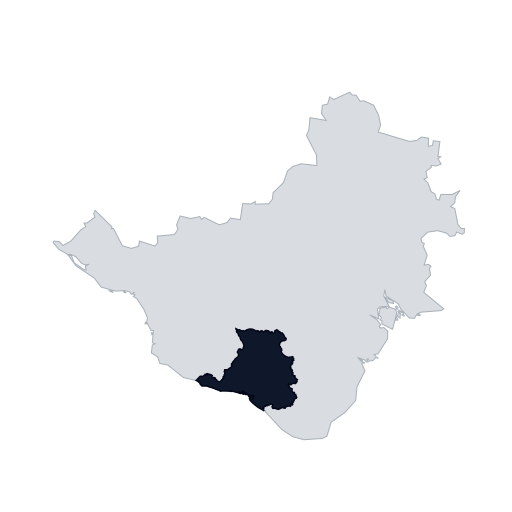 where Bahia sits in Brazil, rotated 98°
{"feature_id": "BRA-624", "entity_name": "Bahia", "entity_type": "State", "adm_level": 1, "iso_a3": "BRA", "parent_name": "Brazil", "parent_adm1": "", "projection": "natural_earth1", "projection_center": [-41.603, -13.426], "detail": "fine", "context": "in_parent", "style": "filled", "palette": "ink", "viewbox_px": 512, "rotation_deg": 98, "n_neighbors": 0, "source": "natural_earth", "source_scale": "10m", "svg_char_len": 9707}
<svg xmlns="http://www.w3.org/2000/svg" viewBox="0 0 512 512"><g transform="rotate(98 256 256)"><path d="M143.9,94.8L148.6,99.5L154.6,97.3L156.4,100.3L159.7,96.0L167.8,91.6L169.6,87.5L174.8,85.1L175.2,82.5L169.3,81.5L167.8,70.3L162.7,63.1L169.6,66.7L175.7,66.6L180.0,70.2L181.3,65.8L196.7,60.4L200.1,56.7L199.9,53.3L204.4,53.1L205.8,54.8L204.3,60.5L208.3,62.0L209.6,66.7L206.9,70.3L205.6,79.6L208.5,89.4L215.7,95.0L218.9,94.2L220.4,91.0L223.1,91.7L231.4,86.6L241.7,88.2L240.2,84.1L241.8,81.3L243.8,82.5L250.6,80.5L258.2,85.5L261.4,83.1L268.6,84.8L282.2,62.7L284.3,65.0L288.8,85.4L291.1,88.5L295.6,90.3L296.1,95.4L288.4,105.2L283.7,108.4L277.4,121.7L271.3,123.6L277.7,124.0L287.2,117.2L289.0,125.8L291.6,128.4L301.3,125.5L298.5,135.1L302.3,127.4L306.8,122.9L309.0,124.2L310.0,122.9L309.1,119.4L312.1,115.1L319.7,114.2L335.9,121.6L337.1,125.3L339.3,122.7L343.2,125.6L344.2,128.8L342.2,131.0L343.1,132.1L345.1,130.0L345.6,132.0L343.7,134.2L342.5,140.7L345.1,138.0L346.9,133.1L347.3,136.6L354.6,132.1L371.6,137.8L385.2,137.2L398.5,146.1L410.2,158.5L424.7,160.7L427.5,165.3L431.3,183.1L429.8,194.7L424.1,206.5L408.3,225.9L408.3,224.3L405.4,233.1L400.4,240.8L398.1,242.0L396.4,238.6L395.0,240.3L392.8,248.6L394.6,272.3L391.7,285.9L392.1,291.4L387.7,297.1L386.5,310.9L376.2,328.3L375.8,336.2L369.6,339.4L366.6,346.1L358.6,346.3L356.9,343.8L356.3,346.6L344.0,347.2L344.6,349.5L336.8,355.0L332.3,354.9L324.6,359.5L314.9,367.9L313.1,371.9L311.3,370.4L310.7,372.2L308.5,371.4L311.4,373.8L309.1,376.3L308.5,380.8L310.3,390.5L308.4,404.9L300.4,413.1L290.8,432.9L281.5,441.9L281.2,438.9L287.9,435.2L293.5,424.4L293.6,422.4L289.7,423.6L287.3,420.1L288.6,423.6L287.6,427.6L281.9,434.2L280.1,439.5L280.8,442.4L276.6,452.5L270.7,458.9L269.3,458.0L269.1,452.9L272.4,448.4L266.8,441.3L254.5,433.1L250.6,428.7L247.3,431.0L246.8,427.9L239.8,420.9L236.6,422.7L233.2,421.7L247.2,402.7L249.0,402.9L248.6,401.0L264.6,389.7L265.8,380.3L262.6,373.6L257.4,373.5L260.2,357.6L256.8,355.1L250.0,356.6L246.2,339.9L240.4,337.0L236.2,339.0L226.9,336.7L228.0,325.8L224.8,317.1L227.4,315.1L225.0,312.7L230.2,296.7L227.0,289.4L222.0,286.5L222.2,276.6L206.0,276.5L205.2,268.3L202.1,264.3L204.8,264.2L202.5,250.7L197.3,247.6L191.0,247.9L179.4,239.0L167.3,236.6L162.1,231.8L158.4,224.2L158.0,208.3L147.6,210.2L129.6,222.8L124.1,221.2L111.5,221.8L112.0,205.4L105.9,210.9L97.5,211.3L95.6,206.2L88.2,205.2L90.2,200.8L80.7,185.9L83.2,183.3L82.8,179.2L88.2,174.6L87.3,170.8L90.3,160.6L99.5,154.2L108.9,150.8L116.3,152.1L121.2,119.9L119.1,112.8L115.2,108.9L115.3,101.5L123.4,100.7L122.0,96.6L117.2,96.5L117.2,89.8L132.2,89.7L132.1,86.9L134.4,89.4L139.2,85.5L141.7,89.8L142.0,95.2L143.9,94.8ZM293.0,108.7L309.6,110.6L305.7,121.9L302.6,122.2L302.1,124.1L299.6,123.2L296.9,126.1L290.6,126.0L288.4,120.4L290.0,118.9L288.0,116.9L289.4,110.3L293.0,108.7ZM278.8,122.4L281.3,114.2L283.9,113.1L283.7,118.1L278.8,122.4ZM297.5,104.7L295.9,107.7L292.1,107.0L292.7,105.1L297.5,104.7ZM291.8,101.4L291.2,107.6L289.6,106.9L291.8,101.4ZM300.2,108.7L297.8,109.0L296.7,108.5L299.6,106.6L300.2,108.7ZM289.3,108.9L286.9,110.9L285.9,109.8L287.6,108.0L289.3,108.9ZM293.8,103.4L292.7,102.1L294.7,100.9L294.8,102.1L293.8,103.4ZM292.5,87.4L291.1,87.7L290.8,85.4L292.1,85.3L292.5,87.4ZM311.0,396.4L310.5,394.4L311.6,392.6L311.9,393.1L311.0,396.4ZM338.2,354.2L338.6,356.5L336.9,356.0L338.2,354.2ZM309.9,382.2L309.2,381.0L310.3,379.7L310.7,380.3L309.9,382.2ZM344.7,136.7L343.6,139.0L344.7,135.7L344.7,136.7ZM397.2,242.4L395.5,243.0L396.6,241.2L397.2,242.4ZM348.4,348.1L346.7,348.9L346.4,348.4L347.4,347.4L348.4,348.1ZM394.5,246.6L393.8,247.9L393.4,247.1L394.5,246.6ZM340.2,120.6L340.3,121.9L339.8,121.7L340.2,120.6Z" fill="#d9dde1" stroke="#a8b0b8" stroke-width="1"/><path d="M406.4,227.3L407.8,226.9L408.3,226.4L407.6,227.6L405.7,232.6L404.5,234.8L402.1,238.7L399.7,241.8L398.2,242.6L397.8,242.6L398.0,241.8L398.2,241.6L398.3,241.8L398.2,241.2L398.3,240.9L398.1,240.4L398.0,239.6L397.0,239.4L396.8,238.7L396.4,238.5L396.4,238.0L396.2,238.4L396.1,239.1L395.9,239.5L396.0,239.7L395.4,240.8L395.0,240.7L394.9,240.3L394.7,239.6L395.0,239.1L394.9,238.9L394.3,239.7L394.8,240.4L395.0,240.9L395.2,241.1L395.5,240.9L395.6,241.1L396.1,241.1L395.9,241.6L395.8,242.1L395.5,242.6L394.6,243.3L394.6,243.7L395.4,244.0L394.1,245.0L393.9,245.9L394.0,246.3L393.3,246.3L393.3,245.9L393.1,246.6L393.1,247.4L392.9,247.8L392.9,248.5L392.6,248.7L392.9,248.7L392.9,248.1L393.1,247.6L393.3,247.5L393.5,247.6L393.7,248.1L393.6,248.6L393.9,249.5L393.7,250.1L393.8,251.2L393.6,251.2L393.4,250.9L393.2,250.4L392.9,250.2L392.8,249.9L392.5,249.8L392.3,250.1L392.6,250.0L392.6,250.3L393.0,250.6L393.3,251.2L393.7,251.4L393.5,251.6L393.0,251.5L393.0,251.8L393.1,252.2L393.7,252.7L393.8,253.5L393.4,253.7L393.1,253.5L393.1,253.9L393.0,254.3L393.3,254.7L393.1,254.0L394.0,253.6L393.9,252.7L394.0,252.5L393.7,252.1L393.9,251.8L394.2,251.8L394.3,252.9L393.7,255.1L393.7,256.1L393.6,256.5L393.6,257.2L393.0,259.9L393.3,261.1L393.1,261.3L393.4,261.4L393.6,265.7L394.2,270.7L394.8,272.2L394.0,274.4L393.9,275.6L393.5,276.5L393.5,277.4L393.1,278.2L392.7,280.5L392.3,282.0L392.4,283.0L392.2,283.6L392.0,284.9L391.7,285.8L391.6,287.2L391.9,288.8L391.8,290.1L392.3,291.2L392.2,291.5L391.2,292.6L391.1,293.1L389.8,293.7L389.1,294.6L388.0,296.5L387.5,297.9L383.0,294.6L382.6,293.6L383.0,292.8L382.8,292.1L382.1,291.5L381.8,291.0L381.3,290.7L381.1,289.9L380.3,289.9L380.3,289.5L380.4,288.7L380.0,288.6L379.9,288.5L380.1,287.9L379.7,288.0L379.5,288.4L379.3,288.2L379.3,287.2L379.7,286.8L379.6,285.4L380.1,283.3L380.5,282.7L381.1,282.9L381.9,282.9L382.5,282.4L382.5,282.1L382.2,281.5L382.3,279.7L382.9,279.3L383.5,279.3L383.5,278.9L384.2,277.8L385.2,276.9L385.5,275.8L385.9,275.1L385.7,274.4L385.3,273.7L384.7,273.6L383.8,272.7L383.5,272.6L383.2,272.6L382.7,271.8L381.6,271.8L380.5,271.3L379.9,271.6L379.5,271.1L378.9,270.7L378.1,271.0L377.5,270.4L376.8,270.5L376.3,270.3L375.6,270.9L374.6,271.4L373.2,270.9L373.0,271.0L372.6,268.4L368.7,264.4L368.3,264.5L367.5,265.1L366.2,265.2L365.5,264.4L365.1,264.5L364.4,264.3L363.2,263.6L361.9,262.6L361.2,262.6L359.1,260.7L358.5,259.9L356.7,259.5L355.6,259.7L354.7,260.2L354.2,260.9L353.7,261.1L350.7,260.1L350.4,259.7L350.4,259.1L350.2,258.7L351.0,256.4L350.2,256.0L349.7,256.0L349.2,255.7L348.9,255.8L347.7,255.7L347.3,255.4L347.0,255.5L346.3,255.4L343.4,257.0L341.8,258.3L341.6,258.9L341.4,259.1L339.4,260.3L338.4,260.5L337.5,261.8L336.4,262.6L335.4,262.6L335.0,263.3L334.5,263.7L334.3,264.2L333.7,264.8L332.1,264.6L331.8,265.2L330.9,265.8L330.7,265.8L331.7,263.3L331.3,261.9L332.2,260.2L332.1,259.3L331.7,258.2L332.1,256.5L331.4,256.1L330.9,255.3L330.3,254.8L329.9,253.6L329.4,252.8L329.1,251.5L329.0,249.3L329.5,247.3L329.7,246.7L330.6,246.0L330.7,245.5L330.6,245.1L329.8,244.7L329.9,243.0L330.8,242.0L330.6,241.6L329.5,240.7L329.2,240.2L329.3,239.5L329.9,238.3L329.9,237.3L329.6,237.0L328.6,236.5L328.3,235.6L328.4,233.1L329.0,232.7L329.4,232.0L330.2,231.7L330.7,231.2L330.4,230.7L329.9,230.4L329.0,230.4L328.9,229.5L329.1,229.2L330.3,228.7L330.6,228.0L329.6,227.3L327.3,226.8L326.9,226.0L326.3,225.5L326.2,225.1L326.3,224.7L326.6,224.1L327.2,223.5L328.0,221.4L329.2,220.6L328.8,219.7L328.5,219.5L328.6,219.2L330.5,217.4L330.9,217.2L332.7,216.0L333.0,215.7L333.2,214.9L333.4,214.7L334.8,214.7L335.0,214.9L335.9,216.1L336.2,217.7L337.3,219.3L339.7,220.6L340.7,220.3L341.9,220.3L342.5,219.3L343.3,219.0L343.6,218.5L343.9,218.3L344.2,217.9L345.4,217.4L346.3,217.5L347.1,217.8L347.9,217.5L349.2,216.0L349.8,215.8L350.0,215.2L350.9,213.4L351.2,213.0L351.3,212.4L351.7,211.8L351.8,211.3L351.6,210.8L351.9,209.9L351.9,209.2L351.5,208.6L351.1,206.8L350.6,205.9L350.8,205.4L351.8,205.5L352.1,204.7L352.4,204.4L353.4,204.6L353.7,204.2L354.0,204.1L354.4,204.5L354.6,205.2L354.9,205.4L355.3,205.1L356.4,205.3L356.5,204.9L357.0,204.8L357.7,205.0L357.8,205.4L358.6,205.6L358.6,206.2L359.3,206.6L359.7,206.4L360.5,206.3L360.9,206.4L361.4,206.8L361.7,206.0L362.6,206.1L363.1,205.1L363.7,204.8L364.1,204.1L364.6,204.2L365.6,204.0L366.0,203.8L366.6,203.1L366.8,203.2L367.0,203.1L367.4,203.2L367.7,203.1L368.1,203.5L368.3,203.5L368.8,202.7L369.3,202.3L369.2,200.9L369.3,200.7L370.4,200.5L370.9,200.6L371.4,200.2L371.7,199.5L372.3,198.7L372.6,197.9L373.2,198.2L374.6,197.9L375.0,198.0L375.1,198.7L375.9,198.6L376.1,199.1L376.4,199.2L376.6,199.1L376.9,199.4L376.8,201.2L377.1,201.8L377.2,202.5L378.5,203.2L378.6,204.5L378.0,205.6L378.4,205.5L379.1,206.0L379.9,205.7L380.1,205.2L380.8,205.0L381.0,204.7L381.5,204.8L381.8,204.6L382.4,202.0L382.6,201.6L382.9,201.6L383.4,201.9L383.8,202.0L384.3,201.6L385.1,201.3L385.8,200.5L385.9,200.0L385.7,199.3L385.9,199.0L387.6,198.6L387.7,198.2L387.6,197.4L388.3,197.2L390.2,196.1L390.5,196.0L391.2,196.3L391.8,197.6L393.5,198.1L394.0,198.7L395.0,198.5L395.6,198.7L396.4,199.3L396.9,200.7L397.2,200.6L397.4,199.4L397.6,199.1L398.0,199.0L398.4,199.2L398.5,199.5L398.1,200.3L398.4,200.9L399.0,201.3L399.8,200.8L400.1,201.0L399.9,201.7L399.9,202.3L400.9,205.2L402.6,205.9L402.7,206.4L402.5,206.6L402.3,207.3L402.7,207.6L402.4,208.4L402.4,208.7L403.0,210.0L403.5,210.4L403.6,210.8L404.2,211.5L404.7,212.5L404.6,214.5L404.1,215.7L404.3,216.3L404.2,217.2L404.5,217.6L404.5,218.1L403.8,218.7L402.7,219.2L401.9,218.7L400.9,218.7L400.5,219.8L400.5,220.5L400.9,221.1L401.0,221.5L401.6,222.0L402.1,223.4L402.7,224.0L402.8,224.3L402.6,225.4L402.7,225.7L403.3,226.0L403.6,225.9L403.9,226.3L404.4,227.1L405.4,227.6L405.9,227.1L406.4,227.3ZM393.3,246.5L394.5,246.5L394.6,247.2L394.2,248.3L394.6,249.1L394.5,249.5L394.3,249.3L394.1,249.3L393.8,248.7L393.9,247.6L393.2,247.2L393.3,246.5ZM396.8,241.4L397.3,242.3L396.8,242.6L395.5,243.9L395.5,243.1L396.6,242.1L396.5,241.9L396.6,241.7L396.3,241.2L396.5,241.1L396.8,241.4Z" fill="#0f172a" stroke="#020617" stroke-width="1.5"/></g></svg>